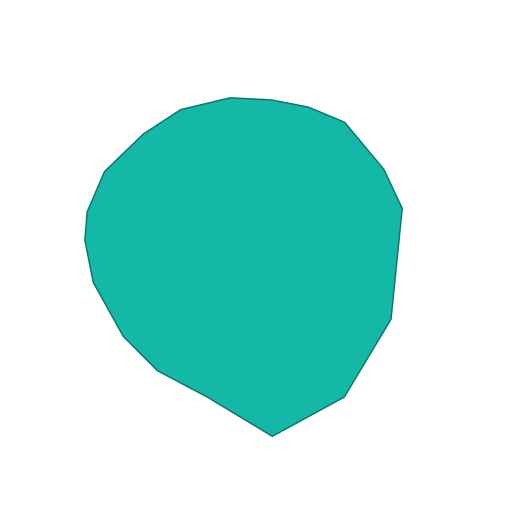 Ingbokolo, Orientale, Democratic Republic of the Congo, rotated 232°
{"feature_id": "63176286B90733061522477", "entity_name": "Ingbokolo", "entity_type": "district", "adm_level": 2, "iso_a3": "COD", "parent_name": "Democratic Republic of the Congo", "parent_adm1": "Orientale", "projection": "mercator", "projection_center": [30.772, 3.399], "detail": "fine", "context": "isolated", "style": "filled", "palette": "teal", "viewbox_px": 512, "rotation_deg": 232, "n_neighbors": 0, "source": "geoboundaries", "source_scale": "gbopen_adm2", "svg_char_len": 397}
<svg xmlns="http://www.w3.org/2000/svg" viewBox="0 0 512 512"><g transform="rotate(232 256 256)"><path d="M90.5,238.7L123.0,323.4L203.4,400.5L245.5,410.1L306.7,408.2L341.1,388.9L369.8,363.9L396.6,333.0L417.7,286.8L421.5,242.5L415.8,188.6L394.7,150.1L373.7,130.8L335.4,111.5L274.2,101.9L226.3,107.7L174.7,130.8L103.9,157.8L90.5,238.7Z" fill="#14b8a6" stroke="#0f766e" stroke-width="1.5"/></g></svg>